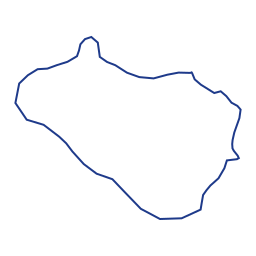 an SVG outline of Xizı
{"feature_id": "AZE-1719", "entity_name": "Xizı", "entity_type": "District", "adm_level": 1, "iso_a3": "AZE", "parent_name": "Azerbaijan", "parent_adm1": "", "projection": "albers", "projection_center": [49.238, 40.741], "detail": "fine", "context": "isolated", "style": "outline", "palette": "blue", "viewbox_px": 256, "rotation_deg": 0, "n_neighbors": 0, "source": "natural_earth", "source_scale": "10m", "svg_char_len": 833}
<svg xmlns="http://www.w3.org/2000/svg" viewBox="0 0 256 256"><path d="M191.6,72.4L192.1,73.1L194.7,79.4L200.9,84.7L214.2,93.0L220.7,91.3L226.3,96.1L231.5,102.7L237.4,105.9L240.6,109.6L239.4,118.1L234.3,132.5L232.6,140.0L232.2,144.1L232.5,148.4L233.8,150.8L237.7,155.7L238.6,157.7L238.8,158.1L236.9,159.2L226.9,160.4L224.4,168.2L218.5,178.3L210.4,185.5L206.5,190.2L203.1,195.0L201.8,202.4L200.6,209.6L181.6,218.3L160.0,219.0L140.8,208.8L125.0,192.4L112.4,179.2L96.6,173.7L83.8,164.1L72.4,151.5L66.2,143.3L59.2,136.7L43.6,124.8L26.7,119.7L15.4,103.0L19.2,83.5L27.9,75.2L37.6,69.2L47.4,68.6L57.0,65.1L67.5,61.8L77.0,56.2L79.0,50.5L80.4,44.3L85.0,39.1L91.3,37.0L97.8,42.6L99.8,56.9L107.1,62.0L115.3,65.2L127.0,72.7L139.3,77.1L153.6,78.4L167.4,74.7L178.6,72.6L190.3,72.9L191.6,72.4Z" fill="none" stroke="#1e3a8a" stroke-width="2"/></svg>